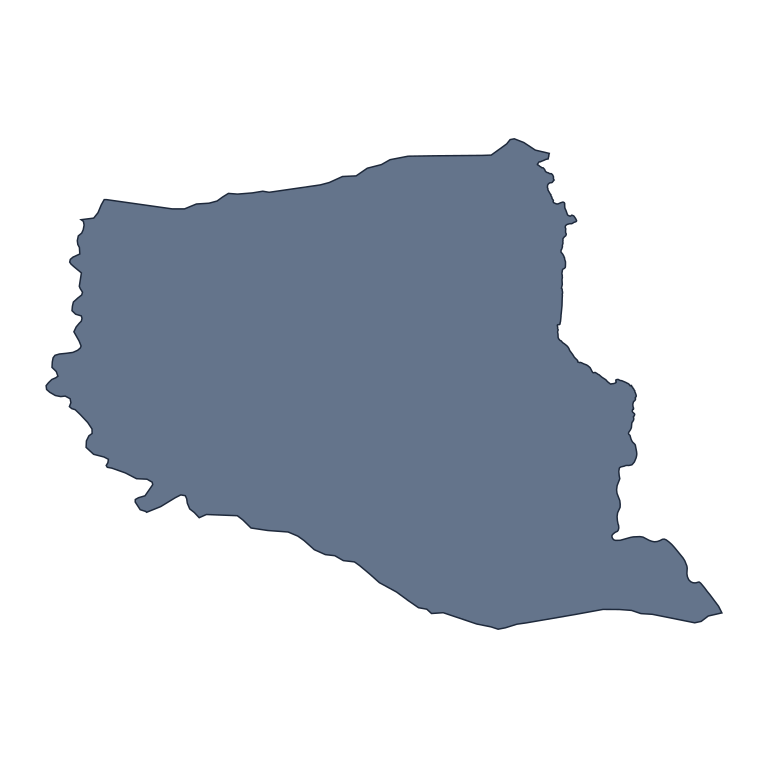 Soca, Canelones, Uruguay
{"feature_id": "84410073B54882123998895", "entity_name": "Soca", "entity_type": "district", "adm_level": 2, "iso_a3": "URY", "parent_name": "Uruguay", "parent_adm1": "Canelones", "projection": "mercator", "projection_center": [-55.499, -34.679], "detail": "fine", "context": "isolated", "style": "filled", "palette": "slate", "viewbox_px": 768, "rotation_deg": 0, "n_neighbors": 0, "source": "geoboundaries", "source_scale": "gbopen_adm2", "svg_char_len": 6064}
<svg xmlns="http://www.w3.org/2000/svg" viewBox="0 0 768 768"><path d="M140.2,509.7L145.6,511.4L146.6,512.3L160.7,506.6L175.3,497.7L180.8,494.9L185.3,495.7L186.7,498.8L187.3,503.2L189.7,508.9L194.3,512.5L199.2,517.7L206.4,514.5L237.3,515.7L242.8,519.9L251.0,528.0L267.8,530.5L288.1,532.0L297.8,536.1L304.0,540.5L314.3,549.7L325.3,554.6L334.8,555.7L343.3,560.6L354.4,561.9L359.6,565.6L369.3,573.7L379.4,582.7L396.5,592.0L408.2,600.6L418.5,607.7L426.8,609.2L431.5,613.5L443.2,612.7L476.7,624.0L491.1,626.9L498.1,629.2L505.4,627.8L516.9,624.2L526.2,622.9L575.1,614.5L603.0,609.4L619.2,609.5L631.5,610.4L640.9,613.6L652.3,614.3L694.7,622.8L701.2,621.4L708.3,616.0L721.9,612.9L718.6,606.3L710.0,594.8L707.2,591.4L704.4,587.6L700.8,583.3L699.3,582.1L698.4,582.1L696.0,582.8L694.8,582.9L692.8,582.7L690.7,581.7L688.7,579.7L687.4,576.7L686.9,573.6L687.2,568.2L686.9,566.1L684.8,560.8L683.0,557.9L674.5,547.5L671.7,544.4L668.9,541.9L666.1,539.8L664.2,539.1L662.4,539.3L659.9,540.6L657.3,541.5L654.4,541.8L651.9,541.3L649.1,540.3L643.0,537.1L639.9,536.6L633.2,536.9L630.5,537.4L620.2,540.3L615.6,540.4L614.1,540.0L612.9,538.9L612.3,537.9L612.0,537.0L611.9,535.8L612.3,534.9L613.3,533.8L615.2,532.3L617.4,531.3L618.3,530.0L618.8,528.0L618.6,525.5L618.0,523.8L617.4,520.6L617.1,516.6L617.6,512.8L620.1,507.3L620.2,504.2L619.8,500.6L617.0,493.3L616.6,489.9L617.1,485.7L619.8,478.7L619.2,475.6L618.8,471.4L619.3,468.4L619.6,467.7L620.9,466.9L624.1,466.2L625.8,465.5L627.3,465.4L628.8,465.5L631.9,464.8L633.0,463.6L634.4,461.9L636.1,457.9L636.6,455.8L636.8,454.0L636.6,451.8L635.3,445.0L634.6,444.0L632.6,442.1L631.8,440.8L631.0,439.0L630.0,435.4L628.8,434.3L628.5,433.5L628.7,432.4L630.5,429.7L631.4,427.7L631.8,423.2L632.1,422.2L632.6,421.8L633.6,420.0L633.8,418.9L633.4,416.8L633.6,416.4L634.3,415.8L634.7,414.3L634.4,413.7L632.7,412.2L632.3,411.5L632.3,411.0L632.5,409.8L632.7,409.3L633.4,409.3L633.6,408.2L633.0,406.6L632.8,404.2L633.6,401.5L634.5,400.9L635.4,399.7L635.5,398.8L635.2,397.9L636.2,396.4L636.2,395.3L635.5,393.2L634.8,391.7L634.8,390.9L634.7,390.6L634.2,390.2L633.8,389.1L632.9,388.1L632.6,387.2L631.5,386.4L631.4,386.1L631.5,385.5L631.2,385.4L630.1,385.7L629.0,384.2L627.7,383.3L627.3,383.3L626.0,382.5L621.8,380.7L619.9,380.4L618.4,379.5L617.8,379.4L616.2,379.7L615.9,380.0L615.8,380.5L616.0,381.1L615.9,381.6L616.2,382.1L615.8,382.7L614.8,383.2L613.6,383.6L611.6,383.8L610.9,384.1L610.5,384.0L608.0,382.1L606.7,380.8L605.9,379.8L601.9,377.2L599.0,374.7L598.0,374.3L596.7,373.3L595.0,372.4L593.7,372.8L592.9,372.6L592.1,371.5L590.2,367.8L589.7,367.3L587.7,365.6L586.5,364.9L583.6,363.8L581.6,362.8L580.4,362.4L579.4,362.6L578.7,362.2L578.0,362.1L577.7,361.9L577.6,360.5L574.3,357.2L572.8,354.7L569.7,350.5L568.9,348.5L568.1,347.2L566.9,345.8L564.4,343.8L562.6,342.6L561.2,340.9L560.0,340.4L558.6,338.7L558.1,337.4L558.0,334.1L557.6,332.3L557.7,331.1L558.2,329.9L557.6,328.6L557.7,327.5L557.3,325.3L557.5,324.9L558.0,324.6L559.0,324.7L559.8,324.3L560.1,323.8L560.0,323.2L560.5,321.5L561.0,316.6L561.0,315.4L561.3,312.9L562.0,305.6L562.2,298.3L562.4,295.7L562.2,294.0L562.5,293.6L562.6,292.2L562.2,290.4L562.2,289.2L561.9,288.7L561.4,288.3L562.3,284.5L562.0,279.7L562.4,277.3L562.2,276.2L562.3,275.3L561.9,273.9L561.9,273.4L562.5,269.8L563.0,269.1L564.5,268.3L565.2,267.5L565.4,266.8L565.5,264.3L565.5,261.8L564.7,259.4L564.5,257.7L564.1,257.3L564.0,256.5L562.8,254.3L561.9,253.1L561.2,252.5L561.0,251.7L561.1,250.3L561.3,249.6L561.8,249.0L562.2,247.5L562.5,246.8L562.3,246.2L562.4,245.2L563.0,243.2L562.8,241.3L563.0,240.7L562.9,238.9L563.2,238.3L564.5,236.7L565.7,235.8L566.2,234.6L566.2,233.8L565.6,232.6L565.6,230.2L565.8,228.9L565.2,227.2L565.5,225.8L565.7,225.5L567.0,224.5L569.6,223.7L571.6,223.7L572.6,223.3L573.8,222.4L575.7,221.8L576.4,221.3L576.6,220.6L575.6,218.5L574.0,216.2L573.5,215.8L572.0,215.2L571.6,215.2L570.6,216.1L569.8,216.1L568.2,215.4L567.5,214.8L566.0,210.5L564.7,207.7L564.9,207.1L564.6,206.1L564.8,204.9L564.5,204.2L564.7,203.5L564.3,202.7L563.5,202.2L562.7,202.1L560.5,202.8L558.3,203.8L557.0,204.0L555.9,203.7L553.9,202.8L553.4,202.3L553.1,201.6L553.4,200.5L553.3,200.2L552.0,198.5L551.9,197.2L551.4,196.5L550.8,195.3L550.9,194.6L550.3,194.1L548.1,190.2L547.9,189.7L547.9,188.6L547.4,187.4L547.6,185.1L548.3,184.0L549.6,182.9L551.8,182.6L552.5,182.1L552.7,181.6L553.4,181.0L553.6,180.2L554.1,180.0L553.5,178.9L553.4,178.0L553.5,177.2L553.4,176.5L552.5,174.7L551.4,173.7L549.6,173.6L548.1,172.7L546.7,172.4L545.4,171.3L544.6,169.4L543.1,167.8L541.7,167.7L540.6,166.7L539.7,166.4L539.1,165.7L538.0,164.9L537.5,164.8L537.4,164.6L537.5,164.0L539.2,161.8L540.6,161.8L540.9,161.5L544.4,160.1L545.8,159.4L548.2,158.9L548.3,157.9L548.9,155.8L548.7,155.2L549.1,154.2L549.3,153.4L535.3,150.1L523.8,142.5L514.3,138.8L510.1,139.6L506.7,143.9L491.2,155.1L482.1,155.4L435.4,155.8L408.1,156.2L390.0,159.7L381.4,164.6L367.3,168.2L356.1,175.9L342.5,176.5L329.3,182.5L320.3,184.9L269.1,192.3L262.8,191.2L252.4,192.9L237.5,194.1L228.4,193.4L222.6,197.0L217.1,201.0L209.0,203.2L196.4,204.0L184.5,208.9L172.3,208.9L106.4,199.6L104.2,199.6L101.2,205.0L98.0,212.7L93.7,218.1L81.1,219.7L83.4,221.4L84.1,225.1L83.2,229.8L81.7,233.1L78.3,235.9L77.3,240.7L77.8,244.5L79.4,247.5L79.8,254.0L73.0,257.1L70.3,259.4L69.7,262.1L71.1,264.2L73.8,266.6L81.4,272.9L79.3,286.3L80.2,288.5L82.5,292.2L81.7,295.0L78.2,297.7L73.4,302.0L72.4,306.2L72.0,310.7L75.6,314.2L81.3,315.9L82.0,318.3L81.3,321.2L79.3,323.2L76.2,326.9L73.9,331.8L79.1,341.0L81.1,346.0L80.3,348.0L77.6,350.3L72.9,352.4L66.3,353.3L59.4,354.0L55.0,355.3L53.1,357.8L52.3,361.9L52.0,367.4L56.3,371.6L57.9,376.2L55.9,377.7L51.8,379.5L48.5,382.7L46.1,385.7L46.6,389.5L49.8,392.3L55.3,395.5L60.7,396.6L65.2,396.1L70.1,398.7L70.9,402.7L69.4,406.6L71.7,408.6L75.2,409.7L80.2,414.5L87.7,422.5L92.0,429.0L92.1,433.5L88.9,435.8L86.4,440.9L86.1,447.4L93.6,454.3L104.0,457.0L108.4,459.3L107.9,462.7L106.2,465.5L107.3,467.3L111.7,468.1L125.3,472.9L136.5,478.7L147.0,479.2L152.2,482.2L152.7,484.7L145.0,495.8L138.5,497.7L135.3,499.5L135.2,502.0L140.2,509.7Z" fill="#64748b" stroke="#1e293b" stroke-width="1.5"/></svg>